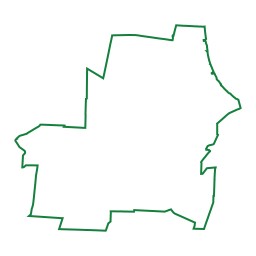 the district of Baraganu, Constanta, Romania
{"feature_id": "2599482B12135283743765", "entity_name": "Baraganu", "entity_type": "district", "adm_level": 2, "iso_a3": "ROU", "parent_name": "Romania", "parent_adm1": "Constanta", "projection": "albers", "projection_center": [28.409, 44.093], "detail": "fine", "context": "isolated", "style": "outline", "palette": "green", "viewbox_px": 256, "rotation_deg": 0, "n_neighbors": 0, "source": "geoboundaries", "source_scale": "gbopen_adm2", "svg_char_len": 5020}
<svg xmlns="http://www.w3.org/2000/svg" viewBox="0 0 256 256"><path d="M29.0,216.0L35.2,216.4L44.1,217.0L62.0,218.2L62.6,218.2L59.1,229.1L59.5,229.1L61.1,229.2L78.2,229.7L78.3,229.7L96.2,230.3L105.7,230.7L105.8,230.6L107.1,226.9L108.2,223.6L108.7,223.0L109.9,222.1L110.5,221.6L110.6,221.4L110.5,220.5L110.6,219.8L110.6,219.2L110.6,218.7L110.6,217.9L110.7,217.0L110.7,216.2L110.7,215.0L110.8,214.3L110.8,213.5L110.8,212.8L110.8,212.3L110.7,211.3L111.5,211.3L112.4,211.3L113.5,211.3L114.9,211.3L116.2,211.4L117.2,211.4L118.9,211.4L119.6,211.4L120.4,211.4L121.4,211.4L122.3,211.4L123.4,211.5L124.3,211.5L125.1,211.5L126.6,211.5L127.6,211.5L128.4,211.6L129.7,211.6L130.6,211.6L131.3,211.6L132.4,211.7L133.2,211.7L134.0,211.7L134.2,210.1L144.3,210.6L154.5,211.1L164.2,211.6L164.4,211.7L164.6,211.7L164.8,211.6L165.2,211.4L165.7,211.3L167.6,210.6L169.3,209.9L170.5,209.6L171.0,209.4L172.4,211.3L173.9,213.0L174.1,213.1L175.0,213.7L176.6,214.4L183.6,217.5L194.5,222.4L195.0,222.6L194.8,223.9L194.7,224.9L194.6,225.8L194.2,226.8L193.6,228.7L204.0,229.0L205.6,224.3L206.7,221.1L207.9,217.8L209.3,213.7L210.8,209.6L211.8,206.6L213.3,202.5L213.3,200.9L213.4,198.2L213.4,196.3L213.4,196.2L213.5,196.2L213.9,196.1L214.0,193.3L214.1,192.7L214.2,189.1L214.3,186.3L214.5,179.5L214.6,179.4L214.5,178.6L214.7,175.4L214.7,174.5L214.8,173.2L215.0,170.8L215.0,170.2L215.1,168.8L215.3,168.4L215.6,167.8L215.7,167.6L215.7,167.4L215.0,167.5L209.2,168.0L207.1,168.2L206.7,168.4L206.6,168.6L205.0,170.7L203.4,172.8L202.6,173.8L201.1,173.9L201.3,168.8L201.4,165.3L201.5,163.1L201.4,162.8L201.2,162.4L201.1,162.2L201.3,161.8L201.7,161.2L201.9,160.9L202.1,160.7L203.2,159.2L203.5,158.9L204.5,157.7L205.4,156.6L206.1,155.7L207.1,154.4L207.6,153.8L208.3,153.0L208.5,152.8L209.3,151.8L209.5,151.6L210.0,151.4L210.1,151.0L209.1,150.1L208.7,150.0L208.2,149.9L206.2,149.7L206.2,149.4L206.2,148.5L206.9,147.7L207.2,146.8L207.4,146.5L207.5,146.3L207.8,146.0L208.3,145.8L208.8,145.5L209.1,145.4L210.6,145.0L211.7,144.8L212.3,144.6L213.5,144.2L213.9,143.8L216.3,138.5L218.0,134.9L217.7,134.7L217.2,134.3L217.2,130.6L217.2,123.8L217.1,123.6L221.5,119.8L226.8,115.1L228.1,114.0L228.7,113.5L229.6,113.0L237.5,109.4L238.0,109.3L238.4,109.2L238.7,109.1L240.6,108.1L239.8,105.0L238.5,100.3L238.4,99.8L237.9,99.5L236.9,99.0L236.1,98.8L235.3,98.3L235.0,97.8L234.0,97.2L231.8,95.2L231.2,94.6L230.7,94.0L230.5,93.8L230.0,93.5L229.4,93.3L229.0,93.2L228.2,92.5L228.1,92.4L227.4,91.7L227.2,91.4L226.6,90.8L226.3,90.6L225.9,90.3L225.2,89.5L224.5,88.9L223.4,87.6L222.8,87.0L222.4,86.5L222.3,86.4L221.7,86.0L221.5,85.7L221.3,85.4L221.0,85.3L220.7,84.5L221.0,84.4L220.9,84.0L220.3,83.4L219.8,82.7L219.2,81.8L218.6,81.0L218.1,80.7L217.0,79.6L216.7,79.2L216.6,78.1L216.6,77.8L216.1,76.8L215.4,75.5L214.4,73.3L214.1,73.3L213.9,73.5L212.1,73.8L211.9,73.7L211.7,73.4L211.7,73.0L213.5,71.7L213.2,70.9L212.7,69.9L212.4,69.1L211.9,67.8L211.2,66.2L210.5,64.4L210.2,64.2L210.3,64.1L209.9,62.6L209.4,61.2L209.0,59.9L209.1,59.7L208.6,58.3L208.4,57.0L208.0,55.6L207.7,53.3L207.5,52.2L207.3,51.8L207.1,51.4L206.9,51.3L206.8,51.2L207.0,51.2L207.4,51.4L207.5,51.7L207.7,52.1L207.6,51.7L207.6,51.2L207.3,49.4L207.2,48.0L207.0,47.3L207.1,47.1L206.9,45.4L206.0,43.3L205.7,41.6L205.3,40.7L205.0,40.7L203.8,40.9L203.7,40.0L204.9,39.9L206.1,39.0L205.8,37.5L205.5,35.0L205.4,34.3L205.1,32.1L205.1,31.4L205.0,31.0L205.0,30.7L204.7,27.8L204.6,26.9L204.6,26.6L204.2,26.7L203.4,26.7L199.9,26.5L198.5,26.5L197.6,26.4L196.5,26.4L196.0,26.4L195.6,26.4L194.8,26.3L185.2,25.8L184.0,25.8L176.2,25.3L174.5,31.6L174.2,33.1L173.5,35.6L173.2,35.4L172.9,35.3L172.7,35.5L172.6,36.6L172.9,37.4L172.9,38.5L172.6,40.2L171.7,40.2L164.4,39.1L159.4,38.5L157.3,38.2L152.7,37.5L141.1,35.9L138.2,35.4L136.4,35.2L135.8,35.1L130.1,35.0L128.5,35.0L114.5,35.3L112.2,35.4L112.2,35.5L110.8,42.1L110.6,42.8L109.2,49.7L108.0,55.6L106.5,62.8L104.3,73.3L103.2,78.3L96.3,74.1L91.6,71.3L87.1,68.6L86.9,87.0L86.8,98.6L86.6,98.8L86.0,98.9L85.9,99.9L85.8,103.3L85.5,113.8L85.5,114.9L85.6,115.0L85.6,115.7L85.3,127.9L85.0,127.9L82.6,127.8L75.7,127.4L69.8,127.1L64.0,126.8L64.2,126.5L64.5,126.1L64.6,125.6L64.1,125.5L61.2,125.4L58.1,125.3L50.2,125.0L48.8,124.9L42.9,124.7L40.3,124.7L40.2,124.9L40.0,125.3L39.4,125.9L39.1,126.2L38.3,126.7L36.0,128.0L33.8,129.3L30.2,131.5L27.6,133.0L27.4,133.3L27.1,133.4L26.8,133.7L26.3,133.9L25.8,134.0L22.7,135.0L21.1,135.4L20.3,135.6L19.5,136.0L19.2,136.2L17.6,137.7L16.7,138.5L16.9,138.8L16.4,139.0L16.1,139.3L15.6,139.7L15.4,140.5L15.4,140.8L17.6,144.1L19.2,146.7L19.6,147.2L20.9,148.1L24.5,150.7L24.8,151.1L25.0,151.6L25.1,152.0L25.1,152.7L25.0,153.0L24.7,153.5L24.3,154.0L23.6,154.7L23.4,154.9L23.2,155.1L23.1,155.4L23.0,155.7L22.9,156.3L22.9,157.2L22.3,167.4L23.4,167.3L23.7,167.2L24.2,166.9L24.9,166.2L25.7,165.4L26.0,165.3L26.7,165.3L37.6,165.4L37.4,167.2L36.8,171.1L36.1,174.9L35.2,184.6L34.3,193.1L34.0,196.4L33.2,203.5L33.0,204.5L32.6,206.3L32.3,207.3L31.8,208.7L31.6,209.6L31.2,212.3L30.9,213.8L30.8,214.3L30.3,214.8L29.7,215.4L29.0,216.0Z" fill="none" stroke="#15803d" stroke-width="2"/></svg>